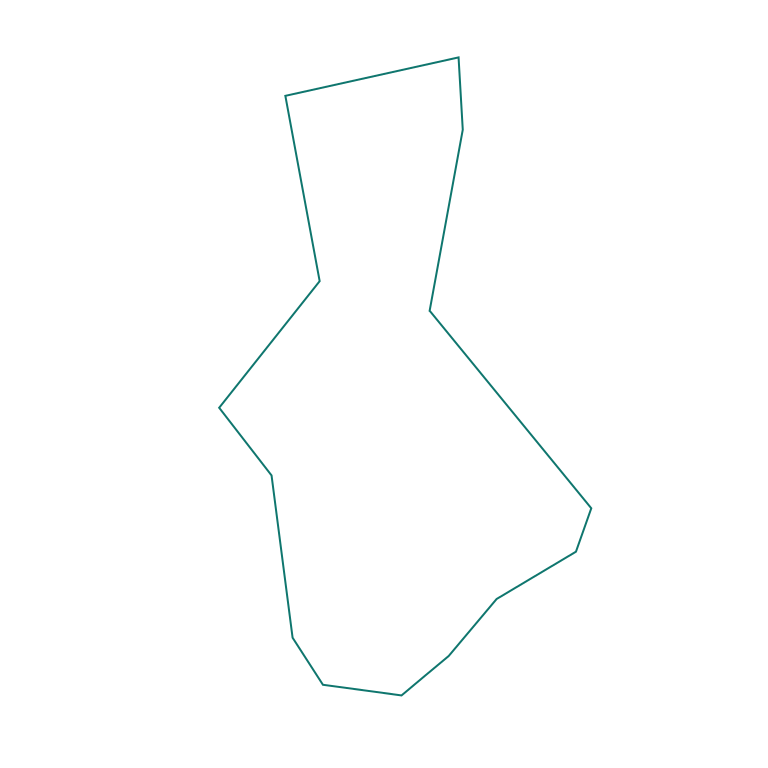 SVG path tracing the border of Al Manāmah, rotated 74°
{"feature_id": "BHR-4929", "entity_name": "Al Manāmah", "entity_type": "Governorate", "adm_level": 1, "iso_a3": "BHR", "parent_name": "Bahrain", "parent_adm1": "", "projection": "natural_earth1", "projection_center": [50.561, 26.218], "detail": "fine", "context": "isolated", "style": "outline", "palette": "teal", "viewbox_px": 768, "rotation_deg": 74, "n_neighbors": 0, "source": "natural_earth", "source_scale": "10m", "svg_char_len": 378}
<svg xmlns="http://www.w3.org/2000/svg" viewBox="0 0 768 768"><g transform="rotate(74 384 384)"><path d="M90.6,222.3L161.3,238.2L252.3,283.3L326.3,320.0L326.7,319.7L560.6,219.0L598.1,245.7L621.7,335.0L663.3,396.8L675.7,424.9L688.2,453.0L656.3,525.6L602.7,541.8L440.9,517.3L361.4,549.0L267.4,417.5L79.8,399.4L90.6,222.3Z" fill="none" stroke="#0f766e" stroke-width="2"/></g></svg>